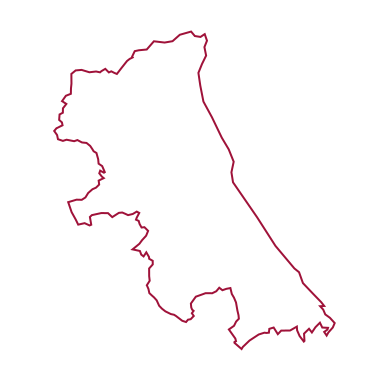 Polis, Paphos, Cyprus (orthographic projection), rotated 86°
{"feature_id": "46923920B35140405744722", "entity_name": "Polis", "entity_type": "district", "adm_level": 2, "iso_a3": "CYP", "parent_name": "Cyprus", "parent_adm1": "Paphos", "projection": "orthographic", "projection_center": [32.436, 35.036], "detail": "fine", "context": "isolated", "style": "outline", "palette": "rose", "viewbox_px": 384, "rotation_deg": 86, "n_neighbors": 0, "source": "geoboundaries", "source_scale": "gbopen_adm2", "svg_char_len": 2720}
<svg xmlns="http://www.w3.org/2000/svg" viewBox="0 0 384 384"><g transform="rotate(86 192 192)"><path d="M314.9,68.1L310.9,70.8L302.0,78.3L290.6,87.7L279.5,90.8L275.4,95.2L251.6,112.5L221.8,128.8L185.2,150.4L175.1,151.3L164.7,148.3L152.0,152.4L139.9,158.5L118.8,166.9L102.6,174.3L86.5,176.3L73.6,177.3L65.0,173.1L56.9,168.4L48.3,169.5L42.1,166.5L35.4,168.3L35.6,168.7L37.9,172.7L36.6,178.3L31.9,181.7L34.3,193.2L40.2,200.9L41.0,208.9L39.0,219.5L46.7,227.2L46.9,235.1L47.5,239.3L52.8,242.3L53.6,241.8L54.9,244.9L56.8,247.7L60.2,250.8L63.6,253.9L69.0,258.7L67.7,261.3L66.0,264.1L66.9,266.6L63.1,269.9L65.1,273.9L66.2,275.4L65.1,279.3L65.4,286.0L62.5,293.6L62.6,299.6L63.2,300.4L65.8,304.1L75.6,304.7L80.2,305.5L85.6,306.0L87.2,311.1L92.3,315.3L95.4,311.2L99.5,314.9L103.9,315.3L105.4,318.7L110.8,319.5L113.5,316.9L116.4,316.5L119.0,322.8L121.5,325.2L125.8,322.6L128.8,322.2L130.0,322.0L132.0,317.2L131.1,313.5L133.1,306.0L132.2,302.7L134.9,298.3L135.7,293.8L139.0,290.3L142.5,288.3L144.5,287.3L146.4,284.6L152.8,283.3L157.2,283.2L159.9,279.8L166.1,277.6L166.6,278.5L164.3,282.1L166.9,283.2L170.4,280.8L172.0,279.1L174.1,284.3L178.1,284.1L181.0,287.5L182.3,291.1L185.7,295.6L190.0,298.7L192.1,302.5L191.6,307.7L193.5,316.2L203.7,313.5L211.4,309.9L216.6,307.8L215.6,301.3L218.2,296.5L217.6,294.8L209.8,295.6L208.1,293.5L206.7,284.1L207.2,277.3L211.5,273.3L207.7,266.4L207.6,263.0L209.1,260.1L210.6,257.4L209.8,252.6L207.7,248.5L209.2,246.1L213.7,248.9L215.7,249.8L217.1,247.2L220.3,246.5L223.9,244.8L223.8,241.9L227.7,238.5L232.4,240.8L236.6,245.2L240.0,248.1L245.1,255.3L247.2,248.1L250.9,247.0L252.9,244.8L249.0,241.8L253.9,239.4L255.6,239.4L257.9,236.0L261.5,236.2L265.3,240.1L273.0,240.6L277.6,240.4L281.9,243.6L282.3,243.4L285.7,242.2L289.9,241.6L293.0,238.7L294.4,237.3L297.6,234.8L303.2,232.7L306.3,230.1L309.2,226.9L312.3,221.6L313.2,218.5L314.5,216.7L319.8,210.7L321.3,207.0L319.1,204.9L318.8,202.2L315.8,198.9L312.9,200.6L310.7,198.7L309.3,200.1L307.1,200.8L303.2,200.9L296.7,195.5L294.8,188.7L293.9,185.6L294.4,178.9L292.7,174.7L289.4,171.5L292.1,168.5L291.0,164.5L290.5,160.4L296.5,159.4L300.3,157.5L305.3,155.8L313.2,155.0L318.2,154.2L321.7,154.1L324.3,157.0L328.4,159.4L331.7,164.8L341.2,159.0L343.9,158.5L344.6,160.1L345.2,160.2L345.5,160.1L352.1,153.5L350.1,152.1L344.2,145.0L342.0,141.1L338.8,135.4L337.4,129.6L337.8,127.5L337.7,125.1L333.9,124.4L332.9,120.0L339.8,116.3L336.5,112.7L337.0,103.8L333.6,96.8L337.3,96.8L343.2,94.7L349.0,90.9L348.4,90.2L341.1,90.1L336.6,84.8L340.5,82.2L335.5,78.3L331.3,73.5L336.3,71.5L337.0,65.8L338.7,66.5L340.8,69.9L344.6,67.7L341.7,65.8L337.0,61.0L332.7,58.8L327.1,63.2L323.4,67.6L318.5,69.3L314.9,72.1L314.9,68.1Z" fill="none" stroke="#9f1239" stroke-width="2"/></g></svg>